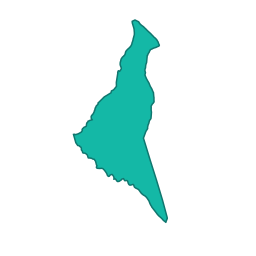 the district of Alajuelita, San José, Costa Rica, rotated 163°
{"feature_id": "36466004B46063821008241", "entity_name": "Alajuelita", "entity_type": "district", "adm_level": 2, "iso_a3": "CRI", "parent_name": "Costa Rica", "parent_adm1": "San José", "projection": "equal_earth", "projection_center": [-84.116, 9.889], "detail": "fine", "context": "isolated", "style": "filled", "palette": "teal", "viewbox_px": 256, "rotation_deg": 163, "n_neighbors": 0, "source": "geoboundaries", "source_scale": "gbopen_adm2", "svg_char_len": 5604}
<svg xmlns="http://www.w3.org/2000/svg" viewBox="0 0 256 256"><g transform="rotate(163 128 128)"><path d="M117.0,29.8L116.7,31.0L116.1,48.8L116.0,69.8L116.2,91.3L116.2,113.8L112.0,119.4L109.4,121.7L109.0,123.1L108.1,124.7L108.0,124.8L107.7,125.4L107.0,126.0L105.7,128.2L105.2,128.9L105.0,129.1L104.1,129.6L103.2,130.5L101.8,134.0L101.6,134.5L101.4,135.1L101.1,135.8L100.9,136.4L100.7,138.0L100.4,139.2L100.3,139.4L100.2,139.8L99.9,140.5L99.6,141.9L99.4,142.2L98.1,143.5L97.1,144.2L96.6,144.4L95.9,145.1L95.5,145.3L95.3,145.9L94.9,147.5L94.3,149.4L94.1,150.8L93.3,154.5L93.5,155.3L93.8,158.4L93.9,158.7L93.9,159.0L94.1,159.6L94.2,160.2L94.5,161.2L94.6,162.5L94.7,163.3L94.8,164.9L94.9,165.1L94.9,165.3L95.1,165.8L95.2,166.7L95.5,167.4L95.5,167.8L95.8,169.2L96.0,170.3L96.0,170.9L96.2,172.1L96.2,172.7L96.3,173.7L96.1,174.2L95.6,174.9L95.1,175.9L95.1,177.7L95.0,178.0L94.8,178.6L94.5,179.3L94.2,179.8L93.7,180.3L93.4,181.1L93.0,182.1L92.7,182.9L92.5,183.1L91.9,184.2L91.6,184.5L91.2,185.0L91.0,185.4L88.4,191.7L88.2,191.7L87.8,192.0L87.5,192.5L86.9,193.2L85.6,194.3L84.7,195.4L84.4,195.6L83.9,196.2L83.7,196.2L83.1,196.5L81.5,196.6L81.1,196.8L80.6,196.8L80.3,196.9L77.6,196.9L76.7,197.1L75.4,197.2L75.3,197.3L74.6,197.3L74.4,197.5L74.1,197.6L73.9,197.9L73.8,198.2L74.0,199.2L74.1,201.7L74.5,202.9L74.5,203.3L74.7,203.6L74.7,204.0L75.6,205.9L76.4,207.0L76.9,208.0L77.0,208.2L77.1,208.3L77.2,208.7L77.5,209.3L77.7,209.6L78.3,210.7L78.5,211.3L78.7,211.6L79.3,212.6L79.4,212.9L79.8,213.3L79.9,213.7L80.6,214.7L80.8,215.3L81.1,215.7L81.6,216.7L81.7,216.8L81.9,217.4L82.2,217.8L82.3,218.0L83.5,220.1L83.5,220.3L83.7,220.5L84.3,221.3L84.7,221.8L84.8,221.9L85.0,222.3L85.2,222.5L85.8,223.6L86.0,223.8L86.1,224.2L86.2,224.4L86.3,224.8L86.5,225.0L86.5,225.6L86.6,226.0L86.8,226.2L86.8,226.4L86.9,226.6L89.7,229.2L90.4,229.2L90.5,229.1L91.6,229.0L91.7,228.9L92.3,228.9L92.8,228.8L92.9,228.4L93.0,228.2L93.2,226.9L93.2,223.7L93.2,223.3L93.2,221.8L93.3,220.7L94.1,217.1L94.7,215.3L97.2,211.4L97.3,211.0L98.0,209.9L98.5,209.2L98.7,208.9L99.0,208.6L99.9,207.0L100.4,206.5L100.6,206.2L101.0,205.8L101.6,205.4L102.1,204.9L102.3,204.9L102.7,204.6L103.0,204.6L103.4,204.3L104.0,203.9L104.5,203.8L106.9,202.5L107.9,201.6L108.3,201.1L108.3,200.9L108.6,200.3L108.8,200.2L108.9,199.9L109.0,199.8L109.2,199.4L109.5,199.1L110.3,198.5L110.7,198.3L110.8,198.3L110.9,198.1L112.6,197.4L113.1,196.9L113.4,196.8L113.9,196.4L114.5,195.8L115.2,194.7L115.2,194.4L115.3,194.3L115.9,193.4L116.1,193.3L116.1,193.2L116.6,192.1L116.9,191.0L117.0,190.8L117.0,190.7L117.0,189.2L116.9,189.0L116.9,187.3L117.1,186.7L117.4,186.2L119.2,184.8L119.5,184.7L119.8,185.1L120.2,185.4L120.5,185.5L121.1,184.9L121.5,184.3L121.6,184.2L121.6,183.7L125.8,175.1L126.9,171.2L130.6,168.7L133.0,168.3L134.0,166.6L141.6,164.7L149.4,160.6L149.3,160.2L149.6,159.7L150.0,159.4L150.7,158.9L151.2,158.8L151.6,158.5L151.9,158.4L152.1,158.1L152.4,157.8L152.7,157.3L153.0,157.1L153.2,156.9L153.6,156.6L153.6,156.4L153.7,156.1L154.2,155.6L154.3,155.0L154.7,154.6L154.9,154.4L155.0,154.2L155.3,154.1L155.4,153.7L155.8,153.2L156.0,152.9L156.3,152.7L156.5,152.4L156.8,152.2L157.4,151.6L157.8,151.3L158.0,151.3L158.2,151.0L158.8,150.8L159.5,150.2L159.8,149.8L159.9,149.7L159.9,149.3L160.3,148.4L160.3,147.5L160.1,147.0L159.8,146.6L159.8,146.4L162.8,146.4L163.1,146.3L163.2,146.2L164.1,146.2L164.2,145.9L164.5,145.8L164.6,145.6L165.2,145.3L165.4,145.0L165.7,145.0L166.1,144.6L166.2,144.3L166.5,143.9L166.7,143.5L166.9,142.7L167.5,142.0L167.6,141.8L170.0,141.5L170.2,141.3L170.5,141.2L170.8,141.0L171.8,140.5L172.2,140.1L172.4,139.7L172.4,139.1L172.6,138.8L172.8,138.6L173.1,138.4L173.6,137.9L174.2,137.6L174.7,137.6L175.6,137.3L176.0,137.3L176.4,137.1L177.0,137.1L177.3,137.0L179.9,137.0L180.4,137.1L180.6,137.4L181.0,137.5L181.6,137.7L181.6,137.8L182.0,137.8L182.2,129.2L181.2,126.0L179.6,125.1L179.6,124.7L179.0,123.7L178.6,123.3L178.5,123.1L178.6,122.0L178.9,121.1L179.0,120.7L178.5,119.4L178.5,117.6L178.2,117.2L177.8,117.0L176.7,116.6L176.1,116.1L175.6,115.5L175.5,115.2L175.0,114.6L174.8,113.6L174.8,111.6L174.7,111.0L174.1,110.7L173.0,110.4L172.6,110.1L172.0,109.9L171.7,109.7L171.1,109.0L171.0,108.9L170.6,108.5L170.4,108.4L169.7,108.1L169.4,107.9L169.2,107.2L169.1,106.6L168.9,106.4L168.8,105.9L168.8,104.0L168.9,103.0L168.9,101.6L168.7,101.0L169.7,99.8L169.6,99.0L169.4,98.7L169.0,98.4L167.0,97.6L166.3,97.4L165.9,97.4L165.1,97.2L163.9,96.5L163.6,95.9L163.5,95.6L163.1,95.0L162.4,93.2L161.7,90.9L161.5,88.5L161.0,87.7L160.7,87.4L159.9,87.4L158.9,88.2L158.5,88.3L156.9,88.3L156.8,88.2L156.6,87.9L156.5,87.6L156.3,87.2L156.0,86.3L155.9,84.5L156.0,84.4L156.4,83.2L155.0,83.0L154.6,82.2L154.4,81.7L154.4,81.2L154.3,80.9L153.8,80.1L153.5,79.8L153.1,79.7L152.0,79.6L150.7,80.0L150.1,80.1L148.7,80.9L147.2,80.9L147.1,80.7L146.9,80.3L146.9,79.9L146.8,79.7L146.7,79.1L146.5,78.6L146.2,78.5L145.9,78.5L145.6,78.3L144.7,78.2L144.1,77.8L144.0,77.6L143.9,77.0L143.9,74.7L143.6,73.7L143.4,73.3L143.1,73.0L142.8,72.8L141.9,72.6L139.7,72.6L139.2,71.7L139.2,70.2L139.2,69.9L138.8,69.1L138.6,68.9L138.3,68.4L137.5,67.7L136.0,66.2L135.6,65.3L135.4,64.6L135.2,64.2L134.9,63.1L134.7,62.9L134.4,61.7L134.0,61.0L133.4,60.3L133.2,59.8L133.0,59.6L131.5,57.9L131.4,57.7L130.8,56.7L130.3,55.5L129.4,52.5L129.2,51.4L129.2,50.4L129.1,49.4L128.9,47.9L128.5,46.5L128.3,45.3L125.8,38.8L125.1,36.7L124.1,34.7L123.4,33.7L123.0,32.9L122.5,32.3L122.3,31.7L122.2,31.6L122.1,31.3L121.7,30.8L121.5,30.0L120.9,28.9L119.7,27.4L119.7,27.1L119.4,26.8L119.2,26.9L118.9,27.4L118.6,28.0L118.4,28.1L118.2,28.4L117.6,29.1L117.5,29.4L117.3,29.5L117.0,29.8Z" fill="#14b8a6" stroke="#0f766e" stroke-width="1.5"/></g></svg>